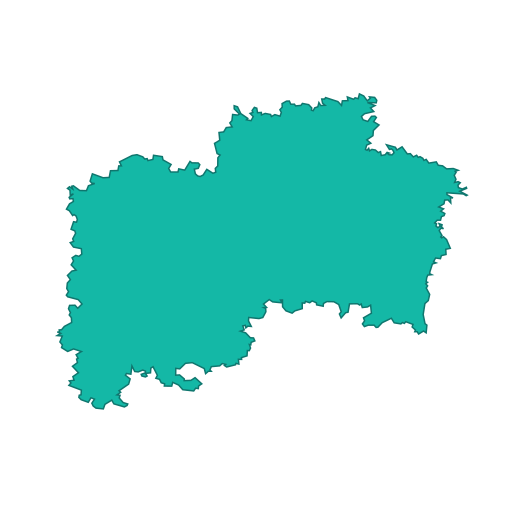 the district of Netrakona, Dhaka, Bangladesh, rotated 100°
{"feature_id": "16705992B47191620994273", "entity_name": "Netrakona", "entity_type": "district", "adm_level": 2, "iso_a3": "BGD", "parent_name": "Bangladesh", "parent_adm1": "Dhaka", "projection": "equal_earth", "projection_center": [90.87, 24.887], "detail": "fine", "context": "isolated", "style": "filled", "palette": "teal", "viewbox_px": 512, "rotation_deg": 100, "n_neighbors": 0, "source": "geoboundaries", "source_scale": "gbopen_adm2", "svg_char_len": 6043}
<svg xmlns="http://www.w3.org/2000/svg" viewBox="0 0 512 512"><g transform="rotate(100 256 256)"><path d="M411.4,418.2L413.2,416.2L415.9,417.8L418.4,404.7L423.1,404.2L423.8,405.9L426.0,405.9L427.9,403.2L429.2,395.8L424.3,393.9L425.0,390.2L429.5,392.1L432.0,390.3L433.6,387.2L433.1,379.8L428.3,379.0L423.0,373.0L426.3,370.3L427.5,359.4L425.6,357.0L424.0,356.6L423.4,361.4L419.5,366.1L416.8,365.7L416.9,368.8L413.7,365.6L412.5,367.5L404.3,359.2L398.9,358.6L396.1,363.9L394.2,363.2L394.1,358.7L385.8,359.1L390.8,355.4L390.6,351.9L388.0,347.7L388.6,344.8L390.3,344.7L392.5,348.5L394.0,347.6L394.3,343.9L393.1,342.4L390.8,344.5L389.4,339.6L384.7,340.1L382.9,338.2L390.6,332.4L393.8,333.4L394.2,329.6L397.3,327.3L397.7,323.8L400.0,323.7L398.8,316.4L394.9,316.1L396.5,309.8L400.4,304.9L399.7,293.9L396.7,292.5L396.6,289.8L394.0,290.0L391.3,287.2L386.4,294.9L389.8,298.5L391.2,305.1L389.5,305.3L386.4,310.6L387.3,314.4L380.6,315.5L380.4,311.5L373.9,306.8L372.1,300.2L375.8,287.4L380.6,285.2L377.8,282.9L377.3,280.1L376.1,281.6L372.7,280.8L370.5,272.7L367.8,270.6L368.0,267.0L369.3,268.1L370.4,265.6L366.7,257.3L365.2,257.1L365.4,254.1L360.8,255.4L360.3,252.2L358.6,252.7L355.9,247.5L350.6,248.1L350.4,246.2L347.6,245.4L344.3,247.2L344.4,245.7L341.9,245.8L339.8,242.4L337.1,244.2L337.5,247.4L333.5,252.8L332.7,258.3L330.8,254.8L327.1,256.9L326.1,254.5L328.5,253.5L326.5,251.8L326.2,248.4L321.3,252.1L317.8,252.5L317.1,242.2L315.4,238.6L309.2,236.6L305.9,237.4L305.5,239.1L304.8,236.7L302.0,240.3L296.6,235.4L298.3,231.6L297.6,222.4L295.1,224.3L294.7,222.3L301.4,221.0L304.8,217.0L306.0,210.5L303.3,208.2L299.8,201.3L294.2,202.3L294.0,199.8L292.1,199.4L292.7,195.0L290.5,192.9L291.6,188.4L293.6,187.8L293.8,181.1L291.0,181.3L288.6,178.3L287.5,171.4L289.4,166.1L296.1,162.4L298.6,163.8L302.2,161.4L296.3,157.9L295.4,155.6L286.9,155.6L285.4,147.8L286.3,145.4L285.0,144.1L288.3,142.4L286.8,137.3L284.5,134.6L292.3,132.4L298.2,139.4L301.0,137.8L304.4,139.4L306.7,137.0L304.6,133.4L303.6,127.7L305.5,125.3L305.0,123.6L299.7,120.1L293.8,111.9L297.8,108.3L297.7,101.5L296.1,100.2L296.6,98.2L294.7,97.1L296.1,89.5L298.8,89.9L301.2,86.1L303.0,86.5L302.6,84.1L304.6,82.3L300.8,78.0L302.1,75.1L294.4,75.7L293.3,77.8L284.6,81.2L273.5,81.4L270.0,78.6L263.7,78.3L258.0,82.8L255.6,81.8L253.9,84.0L252.1,82.5L251.8,84.0L247.6,84.1L245.0,83.5L243.9,79.8L243.3,81.9L241.3,82.0L233.2,80.9L231.5,77.5L230.9,80.2L226.8,78.8L226.6,73.9L223.4,73.5L221.5,69.1L216.4,70.3L214.7,66.0L206.7,71.2L204.5,74.7L205.9,76.3L205.2,77.4L203.5,76.4L199.2,80.0L196.6,78.8L196.5,76.1L195.4,78.3L192.9,78.2L192.4,81.3L194.6,79.8L196.5,81.8L195.2,84.0L192.9,83.8L192.4,85.8L189.3,83.8L188.7,80.5L185.0,80.2L183.6,77.8L181.4,77.4L179.8,81.9L177.0,79.5L176.0,84.6L171.9,79.9L168.2,79.9L167.4,76.7L169.9,73.4L164.9,74.6L164.6,72.1L162.4,78.6L160.6,78.9L158.9,62.5L160.1,59.5L159.4,58.6L156.8,66.6L152.8,60.3L151.8,60.8L154.2,64.4L153.5,68.6L151.1,69.4L148.4,67.6L147.7,69.8L149.1,73.2L145.7,72.4L142.1,74.8L138.9,73.5L138.0,74.6L136.5,71.8L135.6,76.9L137.1,83.4L134.8,87.9L135.0,92.3L132.0,94.8L134.5,101.9L131.3,105.2L132.7,107.2L130.8,108.7L129.7,111.7L130.7,113.4L128.9,115.3L131.1,118.3L128.4,121.8L129.2,124.7L123.1,131.1L127.1,135.6L124.7,137.6L123.8,146.8L127.9,143.1L127.0,141.2L128.1,139.5L130.4,138.0L132.8,139.6L133.2,142.6L132.2,144.2L131.5,142.8L131.2,144.9L133.9,146.4L135.3,150.1L131.6,151.5L132.9,153.6L130.9,156.8L130.9,160.4L132.8,162.5L130.4,163.7L132.6,165.0L132.1,166.7L127.6,166.3L125.0,162.5L122.4,167.1L117.2,161.7L112.0,162.2L105.6,157.6L103.3,163.5L98.7,161.5L97.6,163.2L98.4,166.5L104.1,169.3L103.3,174.2L100.3,176.4L97.0,173.8L93.3,165.1L90.3,169.0L87.2,164.9L85.5,173.0L84.3,164.2L81.7,164.1L79.2,166.7L79.6,171.9L80.8,170.8L83.8,173.4L79.7,177.7L78.4,182.3L83.3,182.7L83.0,185.9L84.7,187.1L83.5,193.7L87.0,192.4L88.2,197.9L92.9,197.9L89.7,202.2L87.9,215.0L89.5,215.7L90.0,218.5L93.9,217.0L95.6,214.1L96.6,218.4L94.0,220.7L98.3,221.0L99.9,223.9L103.0,224.9L102.8,226.7L100.5,226.8L97.8,230.4L97.7,236.8L99.9,237.9L101.3,243.1L99.8,244.5L100.5,248.1L97.6,250.1L98.2,252.9L101.4,256.8L104.9,256.0L107.8,257.9L110.2,256.0L114.1,256.6L113.5,262.0L116.0,265.0L114.1,266.2L114.0,271.7L116.1,275.1L113.7,275.7L114.6,279.4L110.3,280.9L109.9,283.4L113.4,285.1L115.2,284.0L116.6,286.6L119.2,282.9L123.6,284.4L123.5,289.0L121.9,288.0L118.4,295.7L112.3,300.1L111.8,303.6L114.9,303.0L119.1,296.9L120.4,298.4L120.7,303.6L126.9,303.2L129.5,304.9L133.0,301.9L134.7,307.6L139.4,309.4L140.8,313.9L148.3,311.8L152.3,316.4L161.9,312.1L162.8,308.9L165.9,310.6L174.0,309.3L176.8,311.3L180.5,310.2L182.0,312.8L179.2,319.5L185.4,322.1L187.4,324.8L187.3,327.3L185.6,330.0L181.2,331.8L179.7,328.1L175.8,327.2L174.4,329.1L175.4,335.3L174.3,337.4L183.8,341.1L183.6,347.2L186.8,347.4L188.1,354.6L185.0,357.2L180.6,355.5L177.5,364.3L174.4,365.5L174.6,374.4L178.8,374.3L180.8,379.0L179.0,380.1L179.8,382.4L178.0,384.7L176.9,390.8L178.5,395.4L187.0,406.8L190.6,404.2L191.1,406.8L195.8,406.8L197.3,414.1L204.1,414.2L205.5,420.2L203.5,431.4L211.1,432.4L212.8,430.4L212.6,427.4L215.9,433.2L221.1,434.3L222.1,440.9L218.6,448.0L219.3,449.6L221.9,448.1L220.2,451.7L222.2,453.4L223.5,450.6L228.3,449.5L226.4,446.6L230.7,450.2L232.1,449.3L231.3,446.2L234.0,445.3L237.0,448.7L242.8,450.8L243.8,447.7L248.0,443.6L246.8,442.4L247.9,440.1L251.0,438.3L253.9,438.6L253.9,441.6L261.8,442.8L262.7,438.8L265.0,437.6L270.9,439.5L273.3,438.1L275.1,441.3L278.9,437.3L279.1,429.3L284.4,427.9L287.1,430.3L286.7,433.6L289.7,436.8L292.6,434.8L296.8,436.5L301.2,430.7L302.8,434.7L307.9,438.3L311.5,434.7L315.4,437.1L320.9,436.7L323.7,434.4L327.5,436.0L328.9,434.3L329.8,423.5L333.5,419.0L338.4,422.5L335.9,425.7L337.0,431.0L340.5,431.5L344.0,428.9L346.5,429.7L348.8,427.1L353.5,426.0L358.6,432.5L362.4,434.7L363.0,437.0L365.0,436.3L365.3,438.5L366.1,434.8L368.9,438.0L368.5,432.9L374.7,434.2L377.2,431.2L380.0,431.6L382.7,424.9L379.2,419.5L380.4,411.3L384.4,416.0L387.6,413.5L388.7,414.8L392.0,413.3L396.5,417.6L401.8,410.6L406.6,415.4L409.9,413.6L411.4,418.2Z" fill="#14b8a6" stroke="#0f766e" stroke-width="1.5"/></g></svg>